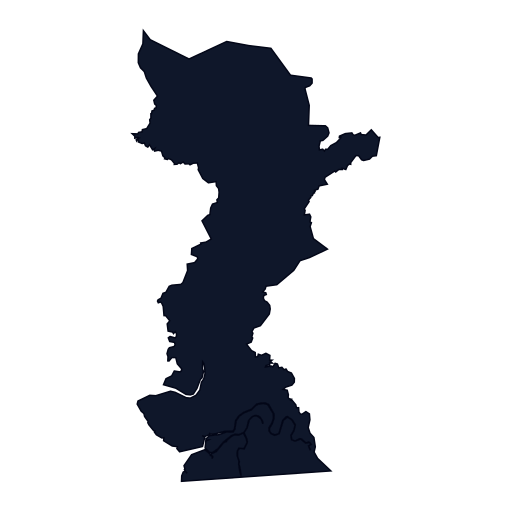 Choluteca, Choluteca, Honduras
{"feature_id": "27666195B45009798989727", "entity_name": "Choluteca", "entity_type": "district", "adm_level": 2, "iso_a3": "HND", "parent_name": "Honduras", "parent_adm1": "Choluteca", "projection": "robinson", "projection_center": [-87.236, 13.254], "detail": "fine", "context": "isolated", "style": "filled", "palette": "ink", "viewbox_px": 512, "rotation_deg": 0, "n_neighbors": 0, "source": "geoboundaries", "source_scale": "gbopen_adm2", "svg_char_len": 6111}
<svg xmlns="http://www.w3.org/2000/svg" viewBox="0 0 512 512"><path d="M379.8,137.3L378.1,137.5L371.3,129.8L366.0,135.0L361.2,134.6L360.5,132.9L354.8,135.3L353.1,134.8L351.9,132.9L345.3,133.6L339.5,136.1L339.3,137.4L340.9,137.1L340.7,138.1L336.4,142.6L330.8,145.6L327.6,149.4L325.7,149.2L324.4,151.1L322.7,149.2L319.4,149.9L319.0,146.2L320.3,140.9L322.9,140.4L327.7,136.1L329.0,132.9L327.7,127.9L325.4,125.8L308.5,125.4L309.2,105.3L304.9,88.5L305.5,87.4L309.7,85.8L312.1,83.1L312.1,79.0L311.2,78.0L290.5,75.2L270.9,48.3L248.8,45.6L226.7,41.5L189.0,59.0L150.2,39.7L143.4,30.7L142.9,43.8L138.4,53.9L138.3,62.7L140.5,67.8L144.3,71.6L146.4,78.1L151.0,86.3L157.5,96.1L153.8,100.2L154.7,104.0L156.3,105.4L156.2,107.7L154.6,108.4L154.0,110.3L152.0,110.9L151.6,113.7L150.9,113.7L150.9,118.1L149.7,119.7L150.1,123.1L146.7,128.6L142.4,129.6L142.1,131.8L138.6,132.4L137.8,133.9L132.2,133.7L134.8,136.2L134.8,138.2L138.0,137.3L139.2,137.9L136.2,139.8L136.6,140.8L137.2,139.6L138.4,140.0L138.3,141.9L142.1,143.5L144.4,143.0L145.5,145.8L147.8,147.1L149.5,144.7L152.6,149.8L154.7,148.5L154.0,149.8L154.6,151.1L158.2,150.3L161.5,151.1L162.9,155.9L165.1,157.9L164.6,158.8L167.4,159.5L168.5,158.5L171.5,159.8L174.5,163.5L174.3,164.4L177.1,164.2L179.0,162.7L180.4,163.7L183.2,162.0L185.0,164.0L188.9,163.8L190.0,164.8L193.3,163.2L197.3,163.0L198.6,167.8L198.2,169.7L202.8,178.5L208.4,182.8L216.1,181.6L216.4,185.7L218.6,188.5L219.1,192.2L218.7,197.9L216.9,199.8L217.4,202.5L212.5,204.1L210.7,208.0L209.9,214.6L207.8,215.3L202.0,220.8L211.3,239.0L206.0,242.1L200.7,243.0L201.0,244.1L191.8,248.5L191.4,254.5L197.2,256.7L197.8,258.8L194.6,262.6L187.2,264.1L187.6,270.6L182.9,282.6L180.9,284.4L171.9,285.2L169.2,286.3L165.9,292.3L163.0,293.3L161.0,298.2L158.1,299.8L157.5,301.1L158.3,302.8L160.5,302.0L161.6,302.9L163.2,306.4L164.0,315.6L165.7,315.7L169.8,320.8L167.2,323.9L168.1,331.1L172.6,332.1L173.5,333.6L175.2,331.6L176.5,333.7L176.4,336.4L175.2,337.9L170.1,336.5L168.3,337.8L169.7,341.5L174.5,342.4L175.1,344.6L174.2,346.5L169.4,347.7L168.2,349.3L167.0,353.7L168.0,356.6L167.8,360.9L169.0,361.0L171.8,357.6L175.8,357.6L177.3,363.8L181.7,368.9L181.4,370.8L180.0,371.9L174.3,371.0L171.7,375.9L166.0,378.7L163.5,384.7L175.8,388.2L186.0,394.4L190.4,394.9L193.3,394.0L196.9,388.5L200.4,379.3L202.0,377.9L203.5,371.5L202.5,368.7L202.6,361.7L203.8,363.3L204.7,367.8L205.0,373.9L203.7,379.0L201.4,382.3L199.9,390.0L196.0,395.3L190.4,398.1L186.2,397.7L175.1,392.3L170.5,391.2L155.8,395.7L149.8,395.3L138.0,401.0L137.2,404.1L141.2,411.2L143.9,413.5L144.6,416.5L148.3,421.7L147.8,422.7L148.9,424.8L153.7,430.7L155.1,431.1L154.5,432.2L156.4,434.8L161.9,438.0L163.9,437.7L163.6,440.7L172.2,446.0L177.4,446.7L176.9,448.6L179.6,451.8L202.5,446.5L204.8,437.1L202.1,435.6L204.7,436.6L210.1,434.2L209.1,433.0L210.6,434.0L215.7,433.7L224.6,431.3L232.8,431.1L234.4,428.9L235.6,420.5L238.7,416.0L243.5,412.4L251.4,409.2L256.7,404.0L261.9,402.9L265.7,403.1L268.6,404.4L273.9,413.7L274.1,418.2L272.3,423.6L269.4,428.6L269.7,431.3L271.2,433.4L274.9,434.8L278.9,433.6L282.7,420.4L286.2,416.8L287.5,416.5L292.2,419.8L295.4,424.8L293.9,431.0L291.1,435.6L291.9,439.7L295.1,441.0L299.7,438.6L301.5,438.9L305.9,442.9L308.7,442.0L309.8,442.5L311.3,444.5L308.8,445.8L309.9,449.1L311.1,449.5L309.9,449.7L308.5,445.8L311.0,444.5L309.3,442.5L305.7,443.2L300.6,439.0L295.0,441.2L291.5,439.7L290.8,435.4L293.8,430.2L295.0,425.3L292.0,420.2L287.7,417.1L283.4,420.2L279.2,433.7L274.8,435.4L270.8,433.6L269.1,431.1L268.8,428.0L272.0,422.8L273.4,418.4L273.2,413.6L267.6,404.5L263.4,403.5L258.5,404.1L255.7,405.6L251.5,409.9L244.1,412.8L239.3,416.2L236.2,420.8L234.8,429.5L233.2,431.9L226.2,432.1L218.8,434.7L209.6,435.7L206.0,438.8L205.8,440.6L207.8,439.7L208.8,439.8L205.8,441.1L205.1,448.0L209.9,452.4L212.3,452.6L217.8,448.8L223.3,442.1L231.3,435.7L235.0,434.2L239.1,434.5L244.0,432.3L246.9,427.7L248.5,420.7L251.4,417.2L254.0,415.7L255.9,415.4L258.4,416.0L260.1,417.2L262.5,420.9L262.9,422.4L262.8,423.8L261.1,418.9L256.7,415.8L253.0,416.4L249.3,419.9L247.2,427.7L244.1,432.7L246.9,439.0L247.4,441.7L247.1,443.2L244.2,448.9L239.5,448.3L237.6,451.0L237.6,456.6L239.4,461.5L239.0,464.4L240.1,467.9L241.3,477.0L239.7,471.1L238.7,464.8L238.8,460.7L237.2,456.0L237.1,453.0L237.4,450.8L238.8,448.2L243.9,448.6L247.0,442.6L246.2,438.4L243.3,433.0L239.0,435.0L234.2,434.9L231.2,436.6L226.8,440.6L226.2,442.4L226.0,441.2L223.3,443.1L216.2,451.7L210.3,454.2L212.6,456.1L212.8,457.0L212.1,458.7L212.3,456.2L210.3,455.5L210.1,454.2L204.8,449.7L191.6,454.7L184.0,465.7L184.9,468.9L184.4,469.6L187.2,473.4L184.8,471.2L183.2,472.1L181.7,475.9L181.5,481.3L330.8,470.9L317.6,458.4L314.1,452.1L315.3,446.8L313.9,437.5L310.0,433.2L308.2,427.6L309.9,419.8L309.4,413.9L305.9,411.6L301.9,414.3L300.2,413.9L298.9,411.9L298.6,407.7L296.4,407.7L295.8,404.8L292.4,400.7L290.8,400.2L291.6,399.3L289.0,398.7L288.1,397.4L288.4,394.8L287.2,390.2L283.0,389.4L285.8,387.1L291.9,385.1L294.3,382.1L294.4,378.4L291.4,373.0L287.6,371.5L286.0,369.0L284.0,369.7L281.9,367.3L278.8,367.9L277.4,364.0L275.1,363.3L272.8,366.8L271.2,366.0L265.4,367.0L265.9,365.5L269.1,364.6L269.7,365.5L269.6,363.0L272.3,363.1L270.3,361.3L271.9,360.2L269.6,360.1L269.9,355.4L265.9,353.3L261.5,355.3L258.3,354.2L257.7,356.7L255.5,357.0L255.2,352.5L251.5,350.6L246.5,344.1L251.2,342.1L252.7,338.0L251.8,336.8L252.9,333.2L251.9,331.6L253.9,328.0L260.4,325.7L269.3,314.0L270.2,309.0L269.7,305.4L267.1,302.1L264.5,300.7L263.3,298.1L263.8,295.5L266.3,294.5L265.8,292.8L262.6,291.9L265.2,289.0L266.0,286.2L276.8,284.7L293.8,270.3L300.0,260.7L309.4,257.6L327.4,249.1L313.4,238.6L310.1,226.5L311.4,222.7L309.9,221.8L310.8,216.9L309.5,214.2L304.3,214.9L305.1,210.5L304.3,208.8L309.1,201.6L308.4,200.1L310.8,197.4L310.9,195.9L312.3,195.6L313.5,192.9L314.4,192.9L314.4,190.7L315.1,191.1L315.2,190.0L317.9,189.2L319.1,185.9L327.3,184.2L324.4,179.6L325.0,177.3L334.7,171.0L335.7,172.0L338.8,169.5L342.3,169.5L342.2,168.3L345.8,169.5L347.5,165.5L349.5,164.0L350.7,164.3L350.7,162.6L355.9,155.6L358.6,155.7L361.6,159.8L363.6,160.5L369.5,159.1L372.4,156.2L376.3,155.7L379.8,137.3Z" fill="#0f172a" stroke="#020617" stroke-width="1.5"/></svg>